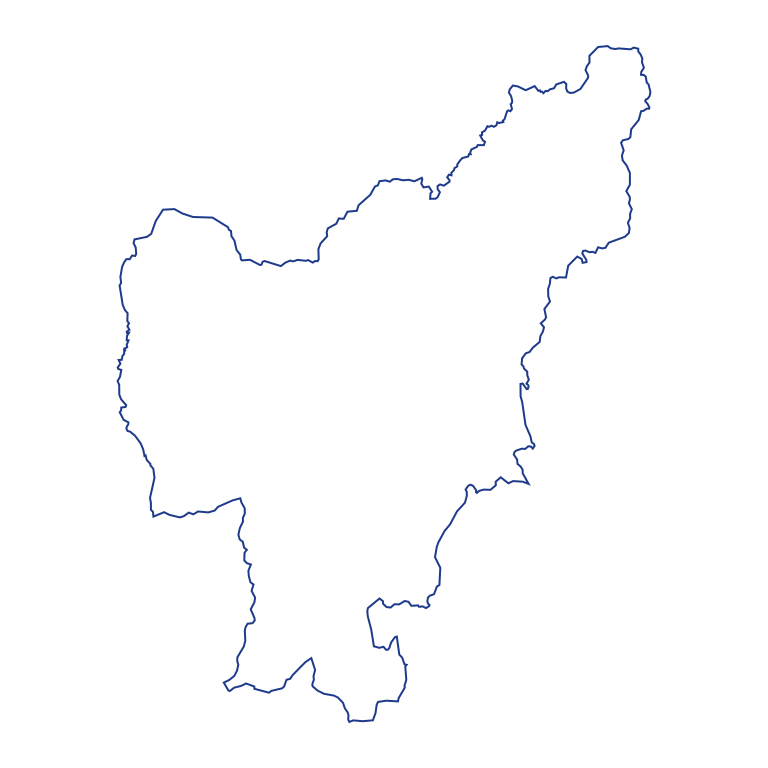 Beroroha, Atsimo-Andrefana, Madagascar (Natural Earth projection)
{"feature_id": "10022922B39697778193382", "entity_name": "Beroroha", "entity_type": "district", "adm_level": 2, "iso_a3": "MDG", "parent_name": "Madagascar", "parent_adm1": "Atsimo-Andrefana", "projection": "natural_earth1", "projection_center": [45.328, -21.505], "detail": "fine", "context": "isolated", "style": "outline", "palette": "blue", "viewbox_px": 768, "rotation_deg": 0, "n_neighbors": 0, "source": "geoboundaries", "source_scale": "gbopen_adm2", "svg_char_len": 6074}
<svg xmlns="http://www.w3.org/2000/svg" viewBox="0 0 768 768"><path d="M649.1,108.7L649.4,107.5L647.7,104.1L645.2,101.1L645.8,99.5L647.6,98.8L649.7,95.9L650.4,92.1L648.6,84.5L646.7,82.4L645.8,76.7L643.9,75.0L641.0,74.8L641.3,71.9L643.9,67.8L642.0,62.2L642.3,58.4L640.7,54.6L638.3,51.5L638.2,48.7L633.8,47.6L630.6,49.3L618.7,48.4L615.3,49.0L610.8,48.3L607.7,46.1L598.1,47.0L589.4,55.8L589.5,62.5L586.9,66.2L585.5,70.1L588.1,75.4L588.1,77.7L580.4,89.0L573.6,92.7L569.9,92.9L567.3,91.5L566.1,88.2L566.3,84.0L563.9,81.8L556.2,84.5L554.0,88.3L550.0,89.3L547.7,91.2L545.6,90.9L543.4,93.2L542.0,91.6L540.5,91.8L540.0,90.4L538.3,90.8L534.7,86.1L525.7,90.2L517.8,86.4L512.9,85.5L509.7,89.4L508.9,92.6L511.1,96.2L512.2,100.8L512.0,102.8L510.7,104.1L512.0,109.0L510.4,111.2L508.3,110.4L507.1,111.2L504.5,119.3L502.8,120.7L503.3,122.1L498.9,123.0L497.3,122.3L496.4,125.3L493.9,126.8L491.6,125.7L489.1,126.8L487.5,126.2L485.0,130.6L482.0,132.3L482.1,134.9L480.2,135.5L482.9,140.4L485.0,141.7L483.9,145.1L477.7,145.1L476.9,146.9L471.4,149.4L470.2,152.4L470.7,154.2L469.0,154.1L468.2,156.5L462.4,158.0L460.3,160.2L457.3,164.4L457.2,166.5L454.4,168.2L454.0,170.2L451.4,172.7L451.5,175.3L448.9,174.7L447.2,177.3L449.6,180.3L449.5,181.7L443.8,185.7L440.1,184.4L437.6,186.0L437.6,189.1L439.9,192.2L437.6,197.2L435.7,198.7L430.1,198.8L430.5,193.5L432.1,191.7L428.8,186.6L423.5,187.4L421.3,183.7L422.3,179.1L421.8,177.8L414.4,181.3L408.9,179.8L403.0,180.3L397.3,179.0L392.9,179.3L389.8,181.7L385.6,180.4L379.5,181.2L377.9,185.3L374.9,186.6L370.3,194.8L358.6,205.2L356.8,210.8L347.5,211.7L343.7,218.8L338.8,218.5L336.3,223.7L327.8,228.4L326.7,232.3L327.2,236.2L320.6,243.4L318.4,249.2L318.7,259.4L317.6,261.2L315.1,261.0L312.7,262.6L308.2,260.1L305.9,260.8L297.6,259.9L293.0,261.4L290.2,260.6L285.4,262.6L280.9,266.1L264.5,261.0L262.6,261.8L261.5,264.7L260.0,265.0L250.0,259.8L242.0,260.4L240.9,259.3L240.2,254.6L236.6,250.1L234.4,240.5L231.5,236.3L231.0,231.0L228.9,229.8L228.1,227.3L212.6,217.6L193.0,217.0L182.4,213.5L174.4,209.1L163.0,209.7L155.7,221.1L151.2,233.9L146.8,236.9L134.5,239.4L133.6,243.2L135.7,247.5L136.2,253.9L135.2,256.0L132.1,255.5L129.7,259.2L126.4,259.1L124.2,262.2L122.1,266.9L120.4,276.9L121.1,283.0L119.6,285.4L122.7,304.8L125.0,310.2L127.6,313.2L127.3,321.0L129.0,323.3L127.4,326.2L129.4,329.7L126.7,331.8L127.2,333.2L128.9,332.8L127.0,336.0L126.7,340.3L128.5,340.4L126.7,344.9L127.2,347.2L124.2,348.7L124.1,349.9L125.2,350.3L124.1,351.8L124.2,353.8L122.5,355.9L121.7,359.8L118.7,360.0L120.4,363.7L117.7,367.5L118.3,369.0L121.3,369.9L120.0,376.8L117.6,381.0L119.2,384.9L119.3,394.7L121.1,399.3L126.2,405.2L125.5,407.0L121.3,407.5L121.1,410.6L119.7,412.2L123.7,419.9L128.3,422.3L128.4,424.0L126.5,427.3L126.6,429.4L127.7,431.1L129.9,431.5L135.0,435.7L140.6,443.3L143.2,449.4L144.5,456.0L145.6,455.4L146.8,460.1L150.4,463.9L150.4,465.4L153.3,468.7L154.5,477.8L150.0,498.0L150.9,502.8L150.9,509.8L153.0,511.9L153.4,516.6L164.1,512.2L169.2,514.8L179.8,517.4L184.0,516.1L188.7,512.6L193.3,514.3L198.1,511.5L208.4,512.4L214.8,510.5L218.0,506.8L232.6,500.4L240.3,498.3L241.5,502.6L244.7,508.3L244.8,513.6L242.9,517.9L243.0,521.5L239.8,528.2L238.4,534.7L239.7,539.4L242.8,541.8L244.1,547.6L246.8,549.8L244.5,552.8L244.3,560.5L247.0,563.2L250.9,564.5L248.4,570.7L248.8,576.0L250.5,582.3L253.5,584.5L251.6,590.9L255.1,597.6L254.4,602.3L250.7,609.3L254.5,618.1L254.7,620.5L252.5,623.2L247.6,623.7L245.7,626.8L244.8,630.4L245.3,640.9L243.7,646.7L237.4,657.3L237.2,661.0L238.3,664.8L237.0,670.8L234.2,676.0L229.2,680.0L223.8,682.6L228.4,690.5L229.8,691.0L234.3,687.6L240.9,686.0L246.1,683.5L254.3,686.5L254.4,688.8L269.0,692.7L271.3,690.9L282.2,688.3L284.2,686.3L286.5,679.8L290.2,678.8L292.8,674.9L305.3,662.2L311.3,658.1L315.1,669.9L313.5,676.2L313.9,679.7L312.3,684.2L312.6,686.3L317.6,690.6L324.0,693.8L334.0,695.6L337.9,697.5L343.0,702.8L344.8,708.2L347.7,712.5L348.5,715.1L348.2,719.6L349.3,721.9L353.2,720.4L362.8,721.2L372.9,720.3L375.5,713.1L376.7,704.7L378.1,701.9L386.4,700.7L398.0,701.4L398.7,698.0L404.8,687.6L404.5,685.7L406.3,679.9L405.3,666.5L406.6,664.8L404.5,664.3L402.1,657.5L399.3,654.6L396.8,636.6L395.0,637.1L391.1,642.5L389.3,648.1L387.9,649.7L386.1,649.8L383.5,646.8L379.2,647.8L373.9,646.3L371.3,629.9L367.8,616.4L367.3,611.3L367.9,608.1L379.5,598.5L382.9,601.1L383.1,603.8L386.6,607.1L390.6,607.5L394.5,604.2L399.1,604.4L404.7,601.0L408.5,601.8L411.3,605.8L418.1,605.4L419.0,606.8L422.6,606.4L426.0,608.1L429.1,606.1L429.6,605.1L428.0,603.5L427.3,601.2L428.0,597.6L429.8,595.7L434.0,594.2L436.9,586.5L439.4,585.0L440.3,567.8L435.0,557.2L436.7,547.2L438.3,542.5L444.6,531.0L450.1,524.3L457.0,511.4L465.0,502.6L466.9,495.5L466.7,491.6L465.6,489.5L468.3,485.7L470.4,484.7L473.0,485.8L476.2,490.3L476.0,492.1L476.9,492.9L479.3,490.8L483.9,489.6L490.5,489.8L495.8,485.3L495.7,481.7L500.7,477.3L508.4,483.3L513.0,481.1L522.8,481.7L528.6,483.9L522.7,473.3L522.6,469.7L520.7,466.6L517.5,463.9L517.1,459.5L513.8,454.6L514.5,452.0L516.2,450.6L521.8,448.7L525.2,448.9L528.4,446.3L530.8,446.5L532.8,448.6L534.6,445.9L534.0,444.0L531.7,442.4L530.5,436.5L525.5,424.9L522.2,402.1L520.6,396.3L520.5,384.0L522.6,383.5L526.7,389.1L527.7,389.0L528.6,386.8L528.2,385.1L526.5,383.7L528.8,379.8L527.3,375.3L527.2,371.6L524.0,368.6L523.4,366.3L521.6,364.5L522.1,358.3L525.8,353.3L529.6,352.0L532.7,347.8L539.7,341.9L540.4,336.1L542.9,331.6L544.0,327.3L540.8,323.3L544.8,319.7L546.1,317.3L544.4,309.0L550.0,301.5L548.3,296.5L548.1,289.0L549.9,283.7L550.4,278.1L552.7,276.8L556.5,278.4L558.9,277.3L566.0,277.5L568.2,265.7L577.2,256.6L581.7,259.0L582.6,262.8L586.5,262.1L586.4,260.0L582.3,253.5L583.1,250.9L585.5,250.6L589.4,252.2L592.6,251.8L595.4,252.9L598.1,247.3L602.2,248.4L605.4,247.8L608.8,242.7L624.8,236.8L628.9,233.0L629.6,228.0L627.9,222.8L630.1,218.4L630.1,213.8L631.8,209.2L628.9,203.2L629.9,199.6L629.7,196.8L626.3,191.2L629.9,184.7L629.9,173.0L626.7,165.6L622.7,160.4L621.9,155.6L623.7,150.4L621.1,142.7L622.8,140.3L628.3,139.0L630.3,137.3L631.2,129.3L638.7,120.0L641.1,111.2L643.6,110.8L646.8,108.6L649.1,108.7Z" fill="none" stroke="#1e3a8a" stroke-width="2"/></svg>